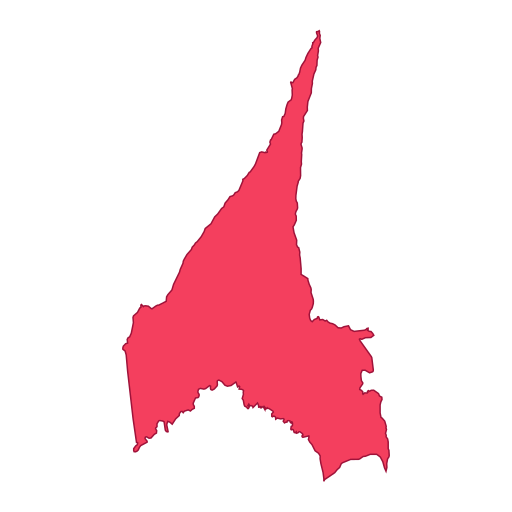 Tocaima, Cundinamarca, Colombia
{"feature_id": "7082276B61124512176506", "entity_name": "Tocaima", "entity_type": "district", "adm_level": 2, "iso_a3": "COL", "parent_name": "Colombia", "parent_adm1": "Cundinamarca", "projection": "equal_earth", "projection_center": [-74.634, 4.489], "detail": "fine", "context": "isolated", "style": "filled", "palette": "rose", "viewbox_px": 512, "rotation_deg": 0, "n_neighbors": 0, "source": "geoboundaries", "source_scale": "gbopen_adm2", "svg_char_len": 6081}
<svg xmlns="http://www.w3.org/2000/svg" viewBox="0 0 512 512"><path d="M158.8,305.1L157.5,305.2L155.9,306.0L152.0,308.8L151.0,308.4L148.4,306.2L145.6,305.8L143.9,306.0L143.3,306.6L141.5,304.5L140.9,305.0L140.9,307.3L139.8,308.0L137.5,312.4L133.5,315.9L133.0,317.5L133.4,322.7L131.3,333.2L129.6,337.0L128.2,337.6L127.2,339.4L127.6,343.1L125.7,343.7L123.3,346.2L122.8,348.1L122.9,349.3L125.1,351.0L126.2,354.9L127.6,370.9L133.1,418.8L136.5,442.4L137.6,442.6L137.7,443.0L137.3,444.7L135.7,445.9L133.7,448.6L133.7,450.6L134.1,451.7L135.6,451.8L137.1,451.1L138.3,449.9L139.5,447.2L140.7,445.6L147.1,442.2L147.1,441.2L145.3,439.0L145.0,438.2L145.4,437.1L146.6,436.8L149.0,438.2L151.0,438.0L154.3,434.3L156.4,433.1L156.7,430.7L155.6,428.8L155.7,427.9L157.0,426.7L157.0,423.7L158.6,421.1L159.2,420.6L160.2,420.6L162.7,421.0L164.1,421.8L165.3,430.1L166.3,431.5L167.4,431.9L168.1,431.7L166.8,425.1L166.9,423.8L167.8,421.4L169.8,422.1L172.2,424.2L175.7,418.8L179.2,415.6L179.4,413.6L180.8,411.6L182.1,411.4L183.2,412.7L184.3,411.2L188.2,409.9L190.4,411.0L192.0,409.5L194.3,408.3L194.3,406.3L193.4,404.8L193.2,403.2L195.5,398.0L197.9,397.6L198.6,397.0L199.1,395.7L199.1,394.3L198.0,392.6L197.9,391.4L198.5,389.3L200.3,388.4L203.9,389.1L205.6,388.6L209.6,385.6L210.6,386.2L210.4,388.1L210.8,389.5L212.1,390.1L213.0,389.7L214.3,389.0L217.1,385.9L217.4,384.7L217.2,381.6L217.4,380.8L218.5,380.1L219.2,380.2L222.0,381.7L224.9,385.2L227.4,386.2L231.1,385.5L235.9,382.0L236.1,382.2L237.6,386.9L239.0,386.0L239.7,386.7L239.1,389.1L241.6,389.3L242.9,389.9L243.6,390.8L243.2,392.1L243.4,394.4L242.2,398.6L243.3,400.2L244.1,404.6L244.7,406.1L246.7,407.2L247.6,408.5L248.4,408.5L249.2,407.0L249.2,406.6L247.9,405.6L248.8,404.1L249.9,405.9L251.0,405.6L252.6,406.2L253.0,407.5L257.5,403.0L258.5,405.3L258.7,407.2L259.3,407.2L259.9,406.6L260.9,406.6L260.7,407.8L261.2,407.9L263.1,406.5L264.7,409.3L264.7,407.1L265.4,407.9L265.5,409.4L267.2,407.8L267.6,408.4L268.8,408.4L272.9,411.1L273.3,412.1L271.7,413.9L271.8,416.4L272.4,416.8L273.8,416.1L274.8,416.5L275.6,417.3L275.7,419.2L277.4,418.1L280.5,418.9L283.3,418.6L283.9,419.0L284.1,419.6L283.2,421.2L284.5,422.9L286.0,422.1L286.9,422.2L287.4,420.8L288.1,420.6L289.8,420.8L290.3,422.3L291.1,423.0L291.7,421.8L292.0,421.9L292.5,423.1L292.5,425.2L292.2,425.9L291.2,426.4L290.8,429.1L291.3,429.8L292.4,429.4L293.3,429.8L294.2,432.5L295.4,432.8L296.2,431.9L296.5,433.2L297.9,432.8L299.1,431.7L300.0,431.8L302.4,433.6L302.8,434.4L302.9,435.1L302.2,435.4L302.0,436.2L302.1,436.7L302.8,437.3L308.8,435.9L309.0,436.8L308.4,439.5L309.8,442.1L312.0,444.6L315.1,450.8L318.5,453.2L320.2,455.9L320.1,458.8L320.9,463.6L323.1,472.6L323.9,479.0L323.8,481.3L324.7,479.5L334.7,472.7L337.2,469.6L339.6,467.5L341.2,463.8L342.4,462.8L350.6,459.4L358.6,459.3L359.7,458.9L363.1,456.5L365.5,456.2L370.3,454.3L376.7,454.3L380.3,457.0L382.8,461.7L384.5,467.8L386.0,471.2L386.9,467.4L386.7,463.6L387.6,458.8L388.9,456.9L389.2,455.4L388.9,450.3L388.2,448.7L388.2,442.0L387.6,438.9L386.1,436.8L386.2,435.2L385.5,433.4L386.5,429.4L386.0,428.0L386.2,426.3L384.7,421.1L382.1,418.1L381.0,417.4L380.1,412.9L380.1,404.9L380.9,401.7L382.0,399.5L381.8,397.2L379.5,396.0L378.5,393.6L373.7,390.2L371.2,390.3L369.6,391.2L368.4,390.6L367.5,391.4L367.9,392.2L367.1,393.0L364.7,392.9L363.1,394.3L362.7,393.7L362.8,391.9L361.5,390.4L359.7,389.5L359.9,387.9L362.7,383.8L362.8,382.9L361.4,380.7L360.9,376.7L360.8,373.6L362.2,370.3L365.1,370.2L369.6,372.8L372.6,371.8L373.2,371.0L373.3,369.9L371.8,357.7L371.3,356.6L360.0,340.7L359.4,339.2L360.1,338.7L361.8,339.3L365.4,337.7L370.9,337.5L373.8,335.3L372.7,333.4L371.0,331.5L369.2,331.3L367.6,330.3L368.1,329.5L368.1,328.2L366.9,328.5L366.0,329.5L364.5,330.2L354.1,331.4L350.5,329.7L348.5,325.8L344.0,326.7L341.3,328.0L338.1,327.8L335.1,325.0L332.6,323.7L329.9,323.1L327.9,321.8L326.7,320.3L325.2,321.0L322.7,319.5L319.8,319.9L318.8,317.1L318.4,316.7L317.6,316.9L317.1,318.4L314.3,319.5L312.2,321.7L310.7,320.6L309.7,318.2L309.2,314.4L310.3,310.3L311.6,308.9L312.3,307.3L313.3,303.6L313.4,301.0L313.2,299.3L311.0,292.5L311.2,289.7L310.9,288.0L309.2,284.3L307.9,280.1L307.8,278.6L301.1,274.4L301.1,268.7L300.2,258.1L299.6,255.0L299.8,252.1L298.7,247.7L297.6,247.1L296.5,244.7L296.7,240.2L294.0,232.6L293.0,226.8L294.3,224.9L296.3,220.3L296.2,216.0L295.5,214.7L295.4,213.6L295.9,211.6L297.4,208.8L297.6,207.7L297.3,203.0L296.3,201.2L295.8,198.8L295.9,195.4L297.1,186.1L298.2,182.4L298.2,181.4L300.1,178.4L300.6,175.7L300.5,167.6L301.5,164.1L301.3,161.6L301.7,154.6L301.5,153.1L302.1,149.0L302.1,147.9L301.0,144.3L301.3,143.0L301.9,142.2L302.2,137.6L302.0,134.1L302.4,131.7L303.0,123.2L303.9,121.0L303.4,118.4L303.5,116.6L307.4,110.5L307.3,107.1L307.9,101.5L311.3,92.8L311.4,88.6L312.4,83.5L312.3,81.1L313.9,74.0L315.8,69.8L316.0,67.4L316.9,65.5L317.1,60.2L318.0,57.1L317.6,55.5L318.4,50.9L318.2,48.2L320.7,42.5L319.8,38.4L320.2,35.4L319.4,33.4L319.5,31.3L319.2,30.7L318.3,31.4L316.6,31.7L316.5,32.8L317.7,36.0L317.0,37.7L314.9,40.0L313.5,42.4L312.7,42.7L312.8,43.9L311.9,46.3L312.0,47.8L311.1,48.4L307.9,53.4L306.0,57.4L305.1,60.3L301.9,65.1L300.5,68.1L299.7,72.2L298.8,74.6L298.2,75.2L298.1,76.1L296.8,77.9L294.7,79.3L292.9,82.6L291.9,82.7L291.0,82.0L290.7,82.4L292.4,88.7L292.1,89.9L292.3,95.1L291.7,98.3L291.2,99.8L288.1,102.1L287.0,104.8L285.8,109.0L285.2,113.4L283.8,116.5L282.6,116.7L281.6,120.0L281.8,122.7L281.5,124.6L278.8,131.3L275.6,133.8L273.8,134.2L271.1,139.8L270.6,139.9L269.9,142.1L270.5,144.1L266.8,150.1L267.4,151.8L267.2,152.3L266.6,152.5L265.6,152.1L265.1,152.7L261.7,151.9L259.7,152.6L255.5,163.9L254.1,166.5L250.2,171.9L249.2,172.4L247.3,175.5L244.1,178.7L242.8,179.3L242.9,180.9L238.9,190.4L237.5,191.8L235.2,192.7L233.9,194.8L232.7,195.8L230.0,196.6L228.1,199.6L225.1,203.1L223.8,206.9L221.6,208.5L217.7,214.0L214.7,216.9L211.0,223.8L205.2,228.5L204.2,231.5L201.3,236.6L197.2,241.7L195.5,243.0L194.3,245.0L192.2,247.2L191.4,249.5L187.0,254.5L184.3,259.1L183.3,261.1L183.0,263.3L180.3,269.3L179.5,272.2L173.6,284.3L171.9,290.0L167.9,294.6L166.6,296.8L166.2,301.3L158.8,305.1Z" fill="#f43f5e" stroke="#9f1239" stroke-width="1.5"/></svg>